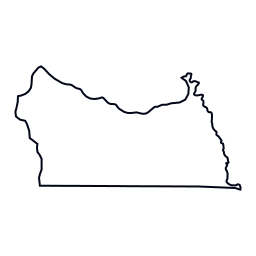 map outline of Kolda (Natural Earth projection)
{"feature_id": "SEN-774", "entity_name": "Kolda", "entity_type": "Region", "adm_level": 1, "iso_a3": "SEN", "parent_name": "Senegal", "parent_adm1": "", "projection": "natural_earth1", "projection_center": [-14.005, 13.12], "detail": "fine", "context": "isolated", "style": "outline", "palette": "ink", "viewbox_px": 256, "rotation_deg": 0, "n_neighbors": 0, "source": "natural_earth", "source_scale": "10m", "svg_char_len": 3071}
<svg xmlns="http://www.w3.org/2000/svg" viewBox="0 0 256 256"><path d="M240.3,189.6L235.2,188.0L198.9,186.5L159.2,186.3L130.0,186.2L119.4,186.1L79.6,185.9L70.6,185.9L39.9,185.7L39.0,177.7L40.0,173.9L41.6,169.6L41.6,163.5L41.6,158.9L39.7,155.0L37.4,151.9L37.0,147.3L37.4,143.9L33.4,140.8L29.8,138.1L29.5,135.0L29.2,130.8L26.9,123.9L25.2,120.8L20.0,119.6L16.0,116.5L15.4,111.9L16.7,106.9L17.7,101.9L18.0,96.2L21.6,95.4L25.3,93.9L28.5,91.4L30.8,88.0L31.5,84.4L32.0,76.3L33.5,73.3L36.1,70.3L38.4,67.6L41.0,66.4L44.1,68.7L49.1,74.1L54.6,78.7L62.0,83.0L65.8,84.2L70.1,84.6L71.8,85.1L75.5,87.7L77.6,88.5L79.9,89.0L81.1,89.9L83.3,93.5L86.5,96.7L90.2,98.5L94.3,99.0L98.4,98.5L102.1,97.4L103.4,98.0L106.6,101.4L107.6,102.5L109.1,103.4L110.7,104.0L114.2,104.1L115.7,104.6L117.0,106.1L117.8,107.4L118.9,108.5L120.1,109.4L124.2,111.9L127.1,112.8L130.1,113.1L136.5,112.4L142.6,113.8L145.8,113.6L148.3,112.2L153.7,107.6L155.4,106.7L157.3,106.8L162.1,104.8L166.6,104.7L171.1,103.3L179.6,102.5L185.2,99.7L188.3,94.1L188.8,87.4L186.1,81.2L185.0,80.2L182.4,78.5L181.6,77.7L183.1,76.9L184.1,76.4L185.4,76.3L186.0,76.2L186.4,75.7L186.6,75.1L186.8,74.4L187.1,73.9L187.6,73.5L188.1,73.4L189.3,73.5L190.5,73.5L191.1,73.7L191.4,74.2L191.3,75.0L190.8,76.3L190.8,77.6L190.8,78.0L190.7,78.2L190.3,78.9L190.0,79.4L189.7,80.0L189.7,80.8L190.0,81.5L190.8,82.2L191.5,82.3L192.1,82.2L193.0,81.5L193.6,81.2L194.3,81.1L194.9,81.1L195.5,81.3L197.2,82.0L198.4,82.4L198.8,82.6L198.9,82.9L198.6,83.6L198.3,84.2L196.2,86.4L195.9,87.0L195.7,87.6L195.6,88.3L195.5,89.0L195.6,89.8L195.6,90.6L195.4,91.3L195.1,91.9L194.8,92.4L194.4,92.9L194.1,93.4L194.0,94.0L194.2,94.6L194.9,95.1L195.6,95.3L196.4,95.4L197.1,95.4L197.8,95.4L200.5,94.8L202.0,94.7L202.6,94.9L203.0,95.4L202.9,96.2L202.7,96.9L201.7,98.5L201.6,99.0L201.8,99.6L202.4,100.1L203.0,100.5L203.4,101.1L203.5,102.2L203.4,103.0L203.1,104.4L203.2,105.2L203.6,105.9L204.7,106.8L206.3,107.4L206.8,107.9L207.1,108.5L207.3,109.6L207.5,110.6L207.9,111.4L208.7,112.1L209.4,112.2L210.7,112.2L211.3,112.6L211.6,113.2L211.9,114.1L212.0,116.9L211.9,117.9L211.9,119.9L211.7,120.7L211.7,121.4L211.7,122.2L212.2,123.3L212.3,125.4L212.5,126.6L213.3,128.6L214.8,130.5L215.5,131.1L216.0,131.4L216.5,131.9L216.5,132.8L216.4,133.6L216.4,134.4L216.6,135.0L218.4,136.3L219.6,137.8L220.4,139.0L221.2,139.9L221.5,140.4L221.3,141.2L221.0,141.8L220.9,142.4L221.1,142.9L221.8,143.2L222.5,143.4L223.0,143.7L223.2,144.2L223.7,148.3L223.5,149.0L223.1,149.5L223.0,150.1L223.2,150.8L223.8,151.7L224.1,153.8L224.5,154.8L225.6,156.2L227.1,157.4L227.6,157.9L228.0,161.0L228.5,162.0L228.3,162.8L227.8,163.1L227.2,163.1L226.6,163.0L226.2,163.2L226.3,163.6L226.8,164.1L227.1,164.6L227.1,165.4L226.8,165.9L226.2,167.0L225.9,167.7L225.8,168.3L225.8,169.1L226.1,170.0L226.9,171.0L227.2,172.2L227.5,173.0L227.6,173.8L227.4,178.6L227.2,179.3L226.6,180.4L226.5,181.1L226.7,181.9L227.5,183.0L228.3,183.7L229.8,184.6L231.0,185.1L232.4,185.3L235.0,185.4L236.2,185.1L237.0,184.7L237.6,184.4L238.3,184.3L239.7,185.0L240.6,187.6L240.3,189.6L240.3,189.6Z" fill="none" stroke="#020617" stroke-width="2"/></svg>